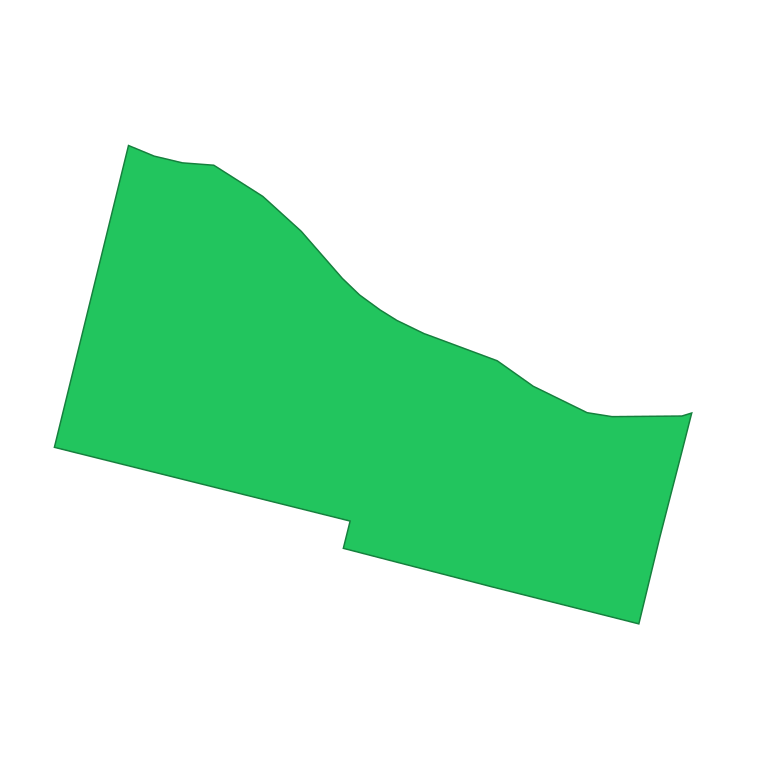 Ozaukee, Wisconsin, United States of America, rotated 284°
{"feature_id": "52423323B14117814854562", "entity_name": "Ozaukee", "entity_type": "district", "adm_level": 2, "iso_a3": "USA", "parent_name": "United States of America", "parent_adm1": "Wisconsin", "projection": "albers", "projection_center": [-87.914, 43.368], "detail": "fine", "context": "isolated", "style": "filled", "palette": "green", "viewbox_px": 768, "rotation_deg": 284, "n_neighbors": 0, "source": "geoboundaries", "source_scale": "gbopen_adm2", "svg_char_len": 505}
<svg xmlns="http://www.w3.org/2000/svg" viewBox="0 0 768 768"><g transform="rotate(284 384 384)"><path d="M212.9,689.3L300.8,688.7L345.1,689.0L388.6,689.4L389.0,689.4L430.3,689.6L425.0,680.8L407.5,613.2L405.3,588.0L417.9,529.3L433.9,488.3L442.4,412.6L442.5,410.9L448.8,381.1L455.0,362.0L464.5,338.7L476.4,318.0L512.1,266.8L536.7,221.0L555.1,165.9L549.8,134.8L549.5,105.8L553.6,78.4L242.8,79.5L242.8,384.3L214.7,384.3L213.3,538.3L212.9,689.3Z" fill="#22c55e" stroke="#15803d" stroke-width="1.5"/></g></svg>